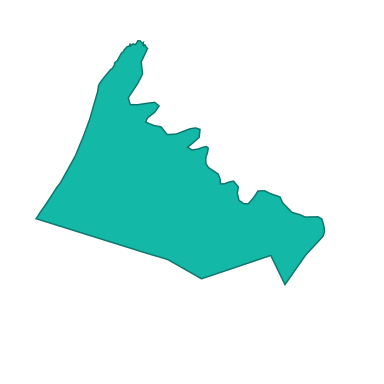 the district of La Paz, Colonia, Uruguay, rotated 121°
{"feature_id": "84410073B4757199260074", "entity_name": "La Paz", "entity_type": "district", "adm_level": 2, "iso_a3": "URY", "parent_name": "Uruguay", "parent_adm1": "Colonia", "projection": "natural_earth1", "projection_center": [-57.32, -34.388], "detail": "fine", "context": "isolated", "style": "filled", "palette": "teal", "viewbox_px": 384, "rotation_deg": 121, "n_neighbors": 0, "source": "geoboundaries", "source_scale": "gbopen_adm2", "svg_char_len": 1609}
<svg xmlns="http://www.w3.org/2000/svg" viewBox="0 0 384 384"><g transform="rotate(121 192 192)"><path d="M223.5,64.6L187.4,62.1L162.7,56.9L158.0,57.9L153.7,61.0L148.3,66.7L148.3,71.1L155.2,82.1L155.9,87.9L158.0,95.9L154.6,108.8L150.9,114.1L152.4,120.8L153.2,125.3L153.5,130.3L157.2,136.0L160.6,136.0L166.4,136.4L173.3,137.8L175.4,141.9L174.9,147.5L169.7,152.5L163.8,154.9L161.3,162.1L164.8,165.7L168.5,168.7L170.3,171.8L166.7,174.3L163.1,178.9L162.6,190.5L160.5,194.7L155.3,198.0L151.0,198.8L146.1,200.6L145.6,203.2L148.2,205.8L152.4,209.3L155.9,213.4L156.0,218.9L152.0,217.4L141.5,214.0L134.2,217.4L135.2,221.9L139.1,226.5L150.5,235.4L155.6,242.8L152.1,252.0L154.6,258.9L156.0,267.6L151.6,268.4L142.7,265.0L135.2,264.5L134.4,270.2L138.8,275.8L145.3,283.7L148.9,289.9L144.0,295.2L126.9,294.4L116.2,295.2L106.7,302.5L91.8,304.1L91.4,305.9L90.7,307.5L90.2,307.7L90.2,308.3L90.8,308.5L91.6,308.7L91.6,309.4L90.1,310.0L88.8,310.7L89.7,311.2L90.0,311.6L89.6,312.8L89.2,314.3L90.2,316.3L92.3,316.2L94.5,316.4L95.1,316.7L95.1,317.6L95.2,318.5L97.2,319.8L97.1,321.2L98.1,320.9L98.2,320.1L99.3,320.3L99.1,321.0L101.2,322.5L105.1,323.3L106.8,323.1L109.4,324.0L117.9,323.7L120.1,324.5L121.1,324.8L121.8,324.5L122.9,323.9L127.7,323.9L128.5,324.7L139.1,326.4L144.7,327.0L146.5,327.1L149.1,326.8L154.8,324.5L181.7,317.3L193.0,315.1L201.5,313.5L206.5,312.8L213.4,311.8L221.0,310.6L243.7,309.8L252.1,309.5L257.1,310.2L272.4,310.7L280.2,311.1L285.8,311.5L287.7,311.6L290.5,311.7L292.5,311.7L295.2,311.9L268.4,201.4L262.4,178.2L261.5,139.2L205.8,91.8L223.5,64.6Z" fill="#14b8a6" stroke="#0f766e" stroke-width="1.5"/></g></svg>